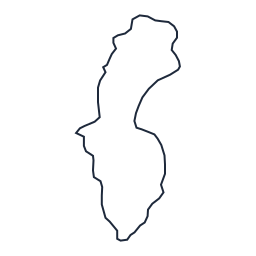 outline of Alingsås, Västra Götaland, Sweden
{"feature_id": "70781695B65957957058719", "entity_name": "Alingsås", "entity_type": "district", "adm_level": 2, "iso_a3": "SWE", "parent_name": "Sweden", "parent_adm1": "Västra Götaland", "projection": "mercator", "projection_center": [12.579, 57.995], "detail": "fine", "context": "isolated", "style": "outline", "palette": "slate", "viewbox_px": 256, "rotation_deg": 0, "n_neighbors": 0, "source": "geoboundaries", "source_scale": "gbopen_adm2", "svg_char_len": 1051}
<svg xmlns="http://www.w3.org/2000/svg" viewBox="0 0 256 256"><path d="M163.5,192.4L161.0,184.7L165.0,173.8L165.0,164.4L164.5,155.4L161.3,145.0L157.6,138.6L154.4,134.4L148.5,132.0L141.6,129.3L136.5,127.7L134.4,121.0L136.0,113.1L138.7,105.9L142.4,97.4L148.8,88.8L157.8,80.3L170.1,74.7L178.1,69.7L179.9,66.5L179.5,64.3L178.9,61.1L175.7,55.0L171.7,50.0L172.7,43.6L177.0,37.7L177.0,31.6L174.1,26.3L168.5,22.0L161.3,21.2L155.2,20.4L147.7,16.4L139.7,15.4L133.5,18.8L132.5,19.4L130.9,28.9L125.1,33.5L117.9,35.3L113.4,38.0L113.4,42.8L116.0,48.6L111.8,54.0L109.6,58.8L107.0,64.9L103.2,67.2L105.5,72.2L100.1,80.5L98.0,87.6L98.0,102.2L99.7,117.2L94.7,121.7L84.7,125.9L79.9,128.3L76.1,133.0L83.9,136.7L83.9,145.9L86.0,151.3L93.0,155.8L93.5,160.4L93.0,170.4L93.9,177.1L100.5,181.2L102.2,187.0L101.8,195.4L101.8,204.5L105.5,217.8L109.7,221.6L117.2,230.7L117.2,238.8L120.6,240.6L127.2,239.7L130.5,235.0L134.5,232.4L140.1,225.5L144.7,222.5L147.6,216.2L148.0,209.6L152.3,203.7L159.2,198.4L162.2,194.2L163.5,192.4Z" fill="none" stroke="#1e293b" stroke-width="2"/></svg>